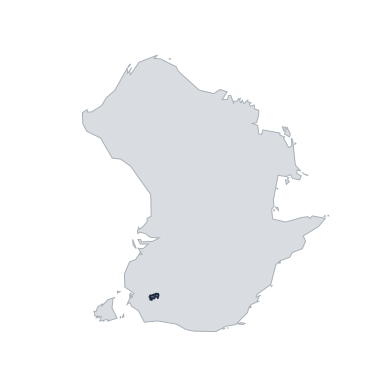 Federation, New South Wales, Australia shown in context, rotated 75°
{"feature_id": "25037944B19057969948609", "entity_name": "Federation", "entity_type": "district", "adm_level": 2, "iso_a3": "AUS", "parent_name": "Australia", "parent_adm1": "New South Wales", "projection": "albers", "projection_center": [146.287, -35.462], "detail": "fine", "context": "in_parent", "style": "filled", "palette": "slate", "viewbox_px": 384, "rotation_deg": 75, "n_neighbors": 0, "source": "geoboundaries", "source_scale": "gbopen_adm2", "svg_char_len": 5753}
<svg xmlns="http://www.w3.org/2000/svg" viewBox="0 0 384 384"><g transform="rotate(75 192 192)"><path d="M258.1,78.7L263.2,96.0L268.8,95.0L275.3,100.1L276.5,110.8L280.3,114.5L281.2,124.6L283.9,129.8L301.6,139.8L308.0,156.2L310.0,157.1L310.4,154.2L314.1,157.3L314.8,155.9L316.0,164.2L318.1,166.8L322.8,169.6L331.4,184.1L330.4,193.5L333.0,205.0L327.0,225.8L323.4,233.3L315.3,241.7L307.6,258.7L305.4,271.7L292.8,274.5L286.6,280.1L282.7,280.5L283.8,283.8L277.8,279.1L278.6,278.0L278.2,276.8L277.1,276.8L275.1,278.8L273.7,277.6L276.1,275.7L274.7,274.2L266.6,281.5L253.7,278.5L243.3,270.4L242.5,263.7L237.3,258.0L239.3,258.1L239.2,256.3L232.4,258.6L234.1,253.9L230.9,247.6L229.0,255.3L224.0,256.5L224.6,253.9L227.0,253.7L229.5,243.1L227.9,235.5L225.1,243.9L220.3,247.5L217.3,252.7L218.1,255.1L216.0,255.0L212.4,252.6L214.5,252.4L212.5,247.8L208.7,242.7L205.9,242.4L204.9,237.7L183.8,232.5L151.2,244.6L141.7,252.4L138.7,260.2L116.1,266.4L106.2,277.9L98.0,279.8L87.1,277.4L85.3,272.0L87.8,272.2L88.7,268.3L85.3,257.2L78.7,250.2L73.9,240.3L55.7,222.6L60.8,223.4L56.1,217.8L59.2,221.0L62.8,221.0L52.9,209.5L50.8,189.8L53.1,193.9L55.5,187.8L66.8,175.0L71.9,173.9L95.5,158.7L102.6,145.4L100.2,138.5L104.3,132.2L110.6,138.9L111.9,134.1L108.3,131.7L108.8,129.6L117.9,128.8L114.9,128.7L116.1,125.2L113.9,122.9L118.6,121.5L116.4,119.8L120.3,118.7L118.3,116.1L121.1,112.0L121.8,113.9L124.5,113.1L124.0,109.4L128.2,109.9L130.2,106.4L134.9,107.6L141.7,111.6L141.4,116.0L144.6,111.3L153.3,112.5L154.5,109.9L150.4,107.4L157.8,91.8L159.9,92.3L162.7,88.3L164.1,89.6L174.1,87.1L173.3,83.7L166.1,82.2L167.1,81.2L192.7,85.2L199.6,81.8L198.1,84.8L201.3,86.0L204.6,82.3L208.2,84.8L204.9,91.4L200.7,92.4L201.4,97.0L198.2,104.6L221.1,115.6L227.1,116.5L229.2,119.5L239.0,121.1L245.3,109.2L245.0,92.6L245.8,86.4L248.2,84.8L246.2,82.1L251.9,70.0L258.1,78.7ZM273.9,295.6L283.3,299.3L294.4,297.0L295.0,307.4L294.3,305.5L293.1,307.7L292.8,314.6L288.9,311.7L286.5,318.0L281.8,317.5L282.7,315.7L278.6,312.8L276.9,307.5L278.7,308.4L274.3,301.1L273.9,295.6ZM154.5,83.3L161.6,82.1L164.0,83.5L159.8,87.7L154.5,83.3ZM222.4,261.7L232.2,260.5L228.2,262.6L222.4,261.7ZM207.3,95.4L209.1,98.8L204.6,98.7L205.1,96.1L207.3,95.4ZM330.9,182.5L330.9,178.2L332.7,174.8L333.2,177.4L330.9,182.5ZM291.9,289.4L295.1,290.3L295.1,291.8L291.9,289.4ZM153.9,84.4L157.0,87.4L152.4,87.9L153.9,84.4ZM270.4,290.1L268.6,289.8L269.5,287.3L270.4,290.1ZM232.2,113.3L230.2,114.5L228.2,115.2L229.1,113.1L232.2,113.3ZM55.4,221.7L53.3,220.2L52.5,218.5L52.7,218.3L55.4,221.7ZM294.4,293.2L295.6,294.2L293.3,293.3L294.4,293.2ZM317.3,164.8L318.8,164.9L318.7,166.7L317.3,164.8ZM281.7,124.4L283.6,125.5L283.2,126.2L281.7,124.4ZM288.8,315.5L288.9,317.2L287.8,316.6L288.8,315.5ZM332.5,195.2L332.4,197.6L332.2,197.5L332.5,195.2ZM172.5,80.4L171.2,79.6L171.9,79.0L172.5,80.4ZM205.7,76.6L204.1,78.6L205.9,75.3L205.7,76.6ZM332.9,192.5L332.1,193.2L332.7,192.4L332.9,192.5ZM211.3,108.7L210.4,109.1L210.9,108.2L211.3,108.7ZM203.8,95.7L202.6,96.0L203.3,94.8L203.8,95.7ZM57.9,177.9L58.0,179.4L57.5,179.5L57.9,177.9ZM249.8,69.3L249.7,70.5L249.2,69.6L249.8,69.3ZM277.1,277.4L277.4,278.2L277.1,278.0L277.1,277.4ZM203.7,79.1L201.5,80.5L203.8,78.8L203.7,79.1ZM118.1,114.3L117.5,115.3L117.8,114.2L118.1,114.3ZM289.5,314.2L288.9,314.6L289.2,314.0L289.5,314.2ZM231.5,117.6L230.3,117.7L230.9,116.9L231.5,117.6ZM114.9,121.6L114.4,122.2L114.1,121.1L114.9,121.6ZM293.9,310.7L293.1,311.2L293.4,310.3L293.9,310.7ZM250.4,66.0L250.3,66.8L249.6,66.5L250.4,66.0ZM276.7,278.5L277.5,279.3L276.2,279.0L276.7,278.5ZM303.7,139.8L302.9,139.8L303.2,138.9L303.7,139.8ZM309.8,154.1L309.3,154.1L309.7,153.3L309.8,154.1ZM274.3,294.3L274.1,294.9L273.9,294.1L274.3,294.3Z" fill="#d9dde1" stroke="#a8b0b8" stroke-width="1"/><path d="M281.0,259.2L281.0,259.3L281.1,259.5L281.3,259.6L281.5,259.6L281.8,259.6L282.0,259.7L281.9,259.6L282.0,259.6L282.3,259.6L282.5,259.7L282.5,259.8L282.6,259.7L282.6,259.8L282.7,259.7L282.7,259.8L282.8,259.7L282.8,259.8L282.8,259.7L283.0,259.6L283.2,259.8L283.3,259.9L283.4,259.7L283.5,259.7L283.5,259.8L283.8,259.8L283.7,259.7L283.8,259.6L283.9,259.4L284.0,259.4L283.9,259.4L284.0,259.4L283.9,259.3L284.0,259.4L284.0,259.2L284.1,259.3L284.2,259.2L284.2,259.3L284.3,259.3L284.4,259.5L284.5,259.5L284.5,259.4L284.4,259.4L284.5,259.4L284.5,259.2L284.6,259.3L284.8,259.5L284.8,259.4L285.0,259.4L285.2,259.5L285.3,259.5L285.5,259.6L285.4,259.7L285.5,259.7L285.5,259.8L285.5,259.7L285.6,259.8L285.8,259.8L285.7,259.8L285.7,259.7L285.8,259.5L285.8,259.4L285.8,259.2L285.6,259.1L285.4,259.0L285.5,258.9L285.6,258.7L285.4,258.7L285.2,258.7L285.0,259.0L285.0,258.9L284.9,258.9L284.9,259.0L284.8,258.9L284.7,258.9L284.8,258.1L284.7,258.1L284.6,257.2L284.8,257.2L284.9,256.5L285.0,256.6L285.1,256.2L285.1,255.9L285.1,256.0L285.2,255.9L285.1,255.7L284.9,255.6L284.7,255.6L284.1,255.4L284.1,255.5L283.9,255.2L283.7,255.0L283.7,254.9L283.6,254.4L283.8,254.3L283.8,254.2L283.9,253.7L284.2,253.3L284.9,252.7L285.1,252.7L285.3,252.6L285.5,252.5L285.7,252.4L285.6,252.2L285.6,252.3L283.7,251.2L283.3,251.1L283.0,250.9L282.8,250.8L282.6,251.2L282.3,251.0L282.2,251.1L281.8,251.0L281.8,251.3L281.8,251.2L281.8,251.3L281.7,251.4L281.8,251.4L281.7,251.8L281.6,252.0L281.6,252.3L281.5,252.2L281.5,252.8L281.4,252.8L281.4,253.1L281.6,253.3L281.5,253.5L281.4,253.4L281.4,253.5L281.4,253.4L281.3,253.5L281.3,253.4L281.3,253.5L281.2,253.5L281.2,253.8L281.1,253.7L281.1,253.8L281.1,254.0L281.3,254.0L281.2,254.0L281.3,254.0L281.2,254.0L281.3,254.1L281.5,254.2L281.5,254.3L281.5,254.2L281.6,254.3L281.6,254.2L281.6,254.3L281.8,254.3L281.5,255.9L281.4,256.0L281.5,256.1L281.4,256.1L281.5,256.2L281.5,256.3L281.4,256.2L281.4,256.3L281.4,256.5L281.3,256.8L281.3,257.0L281.2,257.1L281.3,257.3L281.3,257.6L281.0,259.2Z" fill="#64748b" stroke="#1e293b" stroke-width="1.5"/></g></svg>